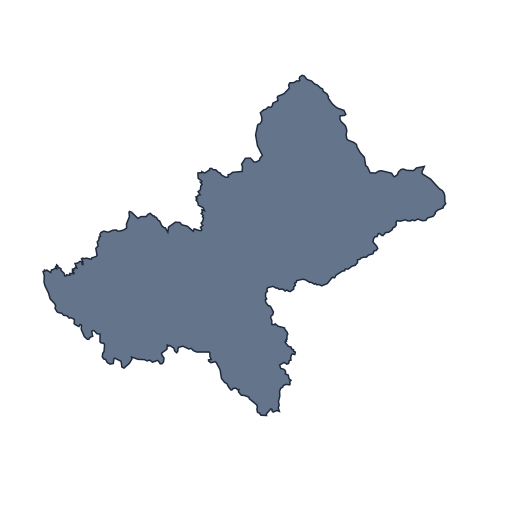 outline of Manizales, Caldas, Colombia, rotated 318°
{"feature_id": "7082276B74376648695935", "entity_name": "Manizales", "entity_type": "district", "adm_level": 2, "iso_a3": "COL", "parent_name": "Colombia", "parent_adm1": "Caldas", "projection": "equal_earth", "projection_center": [-75.513, 5.074], "detail": "fine", "context": "isolated", "style": "filled", "palette": "slate", "viewbox_px": 512, "rotation_deg": 318, "n_neighbors": 0, "source": "geoboundaries", "source_scale": "gbopen_adm2", "svg_char_len": 6108}
<svg xmlns="http://www.w3.org/2000/svg" viewBox="0 0 512 512"><g transform="rotate(318 256 256)"><path d="M418.8,206.6L415.5,200.6L414.9,197.9L414.5,193.7L415.3,187.1L416.5,186.0L417.2,183.0L416.1,178.7L417.3,176.4L416.3,174.0L416.1,170.3L414.6,167.2L414.4,163.2L412.0,158.9L412.3,154.4L411.2,152.6L408.4,152.2L406.9,153.0L406.3,154.6L404.9,154.7L403.5,153.1L400.2,152.5L396.9,149.9L394.5,150.9L393.1,153.6L385.2,154.1L379.2,151.9L377.9,152.4L376.3,155.2L370.9,153.7L368.5,155.3L366.3,155.4L364.9,153.4L361.5,153.6L359.5,152.5L355.0,152.5L353.5,156.1L350.9,159.4L347.5,160.5L345.8,159.6L344.5,160.0L336.7,165.8L330.9,175.0L328.0,185.6L324.7,185.9L322.4,187.2L318.8,186.1L317.4,184.7L317.4,179.5L313.5,176.3L306.7,178.1L305.6,180.7L302.3,183.9L294.5,178.1L291.6,178.1L289.7,176.9L288.5,178.7L286.3,177.5L284.5,172.7L284.9,170.2L284.0,168.8L283.8,165.0L282.1,163.5L281.5,161.0L280.2,160.1L278.7,160.9L273.4,160.0L272.2,157.1L271.7,157.9L268.4,155.4L265.0,159.6L265.8,164.3L264.9,164.7L264.0,164.0L263.8,166.8L262.0,166.9L258.8,169.7L256.0,169.4L255.5,173.2L253.6,172.1L252.4,172.6L250.8,171.9L250.6,174.1L249.9,173.6L248.8,174.5L248.8,177.0L247.1,179.7L249.0,184.7L248.0,187.9L246.7,185.4L245.3,187.7L243.7,187.7L243.9,190.5L242.4,191.1L242.6,192.5L239.4,194.6L237.2,194.8L236.9,197.7L233.9,197.5L233.4,200.1L232.5,200.5L231.1,199.4L228.2,194.4L225.9,195.7L224.9,187.9L221.7,183.1L221.9,180.2L218.7,176.9L210.4,176.0L206.4,179.3L207.5,174.4L206.7,173.6L206.2,170.7L207.8,165.4L207.2,164.3L207.7,160.6L206.9,159.1L207.1,157.9L206.3,157.4L206.0,153.5L203.9,152.8L200.8,153.2L196.8,149.7L193.4,149.1L192.8,140.1L191.9,138.3L191.0,138.4L188.2,142.1L181.2,145.5L178.6,148.6L175.3,148.2L171.4,146.3L169.7,144.8L169.7,143.3L166.8,141.0L162.0,139.4L159.6,135.7L156.5,134.8L154.4,135.5L153.5,137.4L152.1,136.9L150.2,138.8L147.4,139.3L145.4,142.9L142.1,143.1L138.2,149.3L136.6,149.3L132.7,147.5L131.3,148.1L128.5,144.0L126.7,143.2L125.8,141.6L124.4,141.3L123.6,144.2L121.6,146.6L121.2,145.9L122.7,143.8L121.7,142.2L118.6,141.9L116.5,140.4L114.8,144.9L114.1,143.6L113.1,144.0L111.0,143.1L110.9,145.3L110.3,143.6L108.8,145.1L109.5,146.8L108.9,147.3L105.9,144.4L104.8,145.7L102.6,143.2L101.6,143.7L100.5,142.7L101.8,140.5L101.5,136.1L102.6,134.9L101.7,132.6L101.0,132.4L102.2,130.5L101.9,129.2L100.9,130.2L100.1,129.8L99.2,131.9L98.7,130.6L96.1,130.4L94.8,129.4L92.3,131.0L91.2,126.5L90.2,126.6L89.4,124.9L88.6,125.7L87.4,125.0L85.6,128.8L80.9,133.7L79.1,137.3L77.0,144.8L74.3,150.1L74.5,156.6L73.7,159.0L71.6,160.4L70.9,164.0L71.0,165.3L73.4,168.7L73.3,171.3L75.6,174.0L75.5,177.1L77.3,178.2L78.6,181.7L75.6,184.5L75.7,186.0L77.2,189.9L79.4,189.2L80.0,190.7L77.1,193.4L74.5,201.0L74.9,205.0L75.9,206.0L78.6,205.4L81.0,206.4L83.3,202.3L84.6,202.0L85.7,203.2L85.8,207.4L87.8,209.7L82.7,215.3L82.6,216.6L84.4,219.1L84.1,220.6L79.1,225.3L77.0,225.7L74.3,228.1L73.9,230.7L75.0,232.2L74.2,235.8L75.2,238.7L78.0,240.4L81.4,237.5L82.6,237.3L85.3,243.9L82.0,248.9L82.9,251.0L90.1,251.0L94.8,249.6L95.9,247.8L99.2,253.9L103.8,258.4L104.8,261.0L107.4,262.3L108.0,265.7L112.8,267.6L113.2,268.9L112.7,272.1L114.3,273.2L116.4,272.8L119.3,270.4L119.9,266.5L120.8,265.0L127.4,265.7L130.5,262.8L130.9,264.6L132.0,264.7L133.3,269.4L132.1,272.2L132.2,274.7L133.7,274.7L137.1,271.9L141.4,274.2L143.9,280.3L146.1,281.3L146.1,284.3L147.7,287.7L156.9,296.0L156.8,297.3L154.6,299.7L153.5,302.8L151.2,301.4L150.5,302.4L151.0,305.1L155.0,307.3L155.1,308.7L153.2,316.5L148.4,323.9L148.1,329.0L149.0,331.6L148.0,334.6L147.7,338.8L148.7,339.5L150.3,339.1L152.7,340.9L152.8,343.0L153.9,343.8L152.1,345.2L151.9,349.6L154.2,352.1L156.2,356.1L155.5,357.7L156.9,366.9L156.3,368.8L154.1,370.5L152.6,373.0L153.4,375.3L153.1,377.6L157.1,381.6L157.7,380.6L159.2,380.1L164.8,379.6L165.2,380.6L164.1,382.3L164.4,383.5L168.2,384.8L169.4,387.1L171.0,383.6L173.3,382.5L175.3,379.2L180.0,376.0L183.1,372.2L185.9,370.9L188.0,371.3L189.8,370.6L192.6,371.6L194.7,374.2L195.7,374.0L196.9,372.0L198.9,371.8L198.3,369.4L200.3,366.0L198.9,363.2L200.5,362.0L201.1,360.2L200.7,358.4L199.1,356.2L200.6,352.8L205.7,353.9L206.5,357.0L208.3,357.7L210.7,356.0L212.3,356.8L213.9,354.6L216.1,353.2L217.6,353.1L218.9,355.2L220.7,354.0L220.9,353.2L220.1,352.0L221.2,350.7L220.2,349.1L221.1,347.1L219.6,344.6L219.9,339.8L220.4,339.2L221.6,339.8L222.3,338.2L223.2,338.7L225.9,335.7L227.2,335.5L228.1,333.7L228.4,329.6L229.1,328.5L225.4,322.9L224.9,319.2L223.5,319.2L222.0,317.4L224.6,314.5L225.6,311.6L227.3,310.6L229.1,310.9L231.5,309.3L232.9,303.7L232.8,302.1L231.9,301.3L232.2,297.2L233.6,294.8L235.2,295.1L235.8,292.6L238.7,289.8L240.9,289.9L241.7,288.0L243.6,287.4L248.4,290.0L249.4,293.3L250.6,294.2L250.8,296.2L253.7,298.4L254.2,301.6L256.1,301.9L256.8,304.3L257.9,305.4L261.9,305.8L263.1,304.4L265.7,304.1L266.5,302.0L268.1,302.6L269.7,301.5L275.1,304.5L276.8,306.7L278.2,311.6L279.2,312.1L280.6,316.1L281.8,316.3L282.0,318.3L283.6,319.1L284.8,322.1L290.6,324.2L298.4,322.9L299.8,324.8L302.7,323.8L310.0,325.0L312.0,326.3L313.7,325.4L315.8,327.4L320.6,327.8L323.4,329.3L327.0,328.9L329.0,326.7L330.8,328.0L332.6,327.8L334.9,328.7L337.4,330.8L340.1,330.5L344.3,332.6L347.4,331.2L348.8,332.3L351.5,331.9L352.2,329.6L352.4,323.8L355.2,321.7L357.4,321.4L359.0,322.6L361.9,321.2L362.8,321.9L363.2,324.8L364.0,325.8L368.0,325.3L370.4,327.1L374.5,327.6L376.6,326.7L378.6,327.3L381.1,326.8L382.6,324.6L384.6,324.2L386.4,326.6L391.4,329.2L391.9,331.0L394.0,333.2L396.2,333.8L397.6,336.0L401.0,336.8L403.2,341.1L406.1,343.2L408.8,342.5L414.4,345.1L417.7,344.4L418.4,343.5L421.9,343.5L427.4,345.5L428.1,344.6L432.0,344.1L432.7,342.0L436.6,337.5L437.9,334.7L438.2,332.0L437.2,328.5L437.2,315.6L434.5,306.1L435.6,304.5L441.1,302.1L434.1,297.9L430.4,298.1L425.5,293.4L423.7,290.0L421.9,288.8L418.4,288.8L415.2,290.2L412.0,289.8L411.6,288.4L412.2,285.2L406.2,276.5L404.0,275.0L400.3,274.3L396.5,270.6L398.4,264.5L398.0,262.2L402.6,255.1L402.6,248.9L403.9,242.8L405.3,240.3L404.7,237.0L401.8,231.2L402.0,229.4L404.1,226.2L407.4,223.6L409.1,220.4L409.6,218.3L409.2,212.8L410.2,210.0L412.3,208.2L415.9,210.8L417.5,210.9L418.8,206.6Z" fill="#64748b" stroke="#1e293b" stroke-width="1.5"/></g></svg>